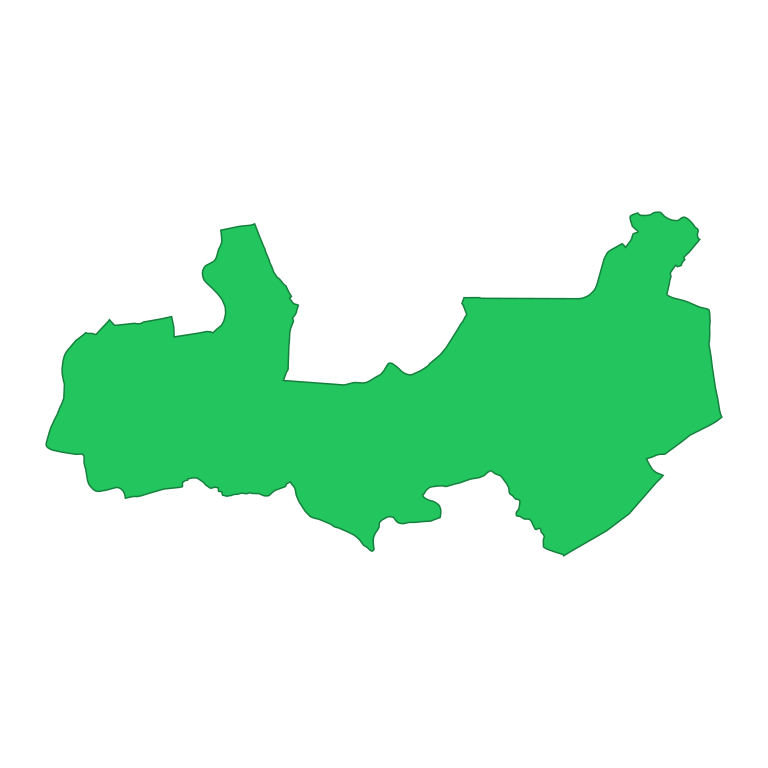 Khai Bang Rachan, Sing Buri, Thailand (Albers equal-area conic projection)
{"feature_id": "78962969B1658466470104", "entity_name": "Khai Bang Rachan", "entity_type": "district", "adm_level": 2, "iso_a3": "THA", "parent_name": "Thailand", "parent_adm1": "Sing Buri", "projection": "albers", "projection_center": [100.295, 14.826], "detail": "fine", "context": "isolated", "style": "filled", "palette": "green", "viewbox_px": 768, "rotation_deg": 0, "n_neighbors": 0, "source": "geoboundaries", "source_scale": "gbopen_adm2", "svg_char_len": 6083}
<svg xmlns="http://www.w3.org/2000/svg" viewBox="0 0 768 768"><path d="M86.0,332.3L83.6,334.7L75.9,340.5L67.9,349.9L66.3,352.0L64.4,355.7L63.1,360.6L62.1,368.3L62.1,370.2L62.2,373.9L62.6,376.0L63.5,380.8L64.2,383.2L64.4,384.9L63.8,398.1L62.2,402.7L59.5,408.4L57.4,414.0L54.3,420.0L50.7,428.0L49.2,432.6L46.4,442.6L46.1,444.3L46.2,445.3L46.8,446.5L47.9,447.8L50.9,449.5L53.4,450.3L62.3,452.2L75.8,454.3L81.8,454.0L83.2,454.9L83.8,455.7L84.1,456.8L84.0,461.5L84.2,463.7L85.7,469.3L87.6,480.7L88.4,483.1L89.8,485.7L93.3,489.5L95.5,490.9L97.3,491.3L99.1,491.4L106.8,490.0L115.7,487.6L117.3,487.5L119.0,487.8L121.1,489.0L122.8,490.7L123.6,491.9L124.8,494.6L125.4,498.2L132.6,496.6L134.3,496.4L137.1,496.6L141.1,495.8L147.8,493.7L163.9,489.0L179.4,487.4L180.3,487.1L182.1,486.9L182.5,486.5L182.5,482.6L185.1,480.6L187.6,480.2L187.9,479.1L188.1,478.7L189.6,478.6L191.2,478.2L191.7,477.9L195.8,477.9L197.2,478.1L201.6,481.0L203.8,482.7L205.5,484.8L210.3,488.2L212.0,488.0L214.6,487.2L218.2,487.7L218.6,491.3L221.8,491.8L222.4,495.0L222.7,495.2L227.3,496.3L228.3,495.8L230.8,495.6L233.9,494.5L238.3,494.1L241.1,493.2L244.1,493.4L246.4,493.8L249.6,492.8L252.9,493.5L258.9,493.6L263.3,495.5L265.1,495.9L266.7,495.9L268.2,495.8L269.4,495.2L273.2,491.7L275.3,490.3L285.3,486.6L285.9,485.6L286.4,483.9L290.2,481.9L291.4,483.7L293.9,486.7L295.0,488.6L296.4,495.6L298.6,500.7L299.5,502.4L305.1,511.2L309.9,516.2L311.9,517.3L314.4,518.2L318.8,519.2L329.9,523.8L331.5,524.7L333.9,526.6L339.3,528.2L349.2,532.6L353.5,534.8L356.0,536.5L359.6,539.8L363.5,545.2L366.8,547.1L370.2,550.3L371.7,551.1L372.3,551.1L373.1,550.6L374.0,549.4L373.2,542.1L373.3,539.1L373.7,537.0L375.2,533.3L377.9,529.5L379.1,527.1L379.2,523.8L379.4,522.9L380.1,521.8L382.0,520.0L386.8,517.3L388.0,516.9L389.8,516.7L391.0,516.7L392.8,517.2L393.8,517.8L396.4,521.3L398.1,522.7L400.5,523.4L403.0,523.7L409.1,522.4L414.7,522.4L422.4,521.6L430.5,521.1L440.1,517.5L440.7,514.5L440.8,510.0L440.1,507.5L439.3,505.7L438.2,504.5L435.8,502.7L432.6,501.1L431.1,500.9L428.5,500.0L425.1,498.3L423.6,496.9L422.6,494.8L424.1,493.8L425.9,490.6L427.6,489.0L429.1,487.8L430.3,487.2L431.6,486.8L438.0,486.0L442.5,485.8L445.6,486.5L447.7,486.1L454.1,484.2L460.0,482.8L470.4,479.1L479.2,477.6L483.8,475.8L487.9,472.2L490.3,470.8L490.7,470.8L491.5,471.0L495.3,473.8L500.1,475.6L501.7,477.0L506.4,483.4L508.4,486.9L508.8,488.3L509.3,492.6L509.8,493.7L510.8,494.5L512.5,495.6L515.3,498.9L518.8,499.7L519.7,500.6L519.9,501.5L519.8,503.0L519.2,507.6L518.6,509.3L516.9,511.5L516.2,513.0L516.3,515.1L516.6,515.8L520.3,516.6L524.3,519.0L528.6,519.1L529.7,519.5L531.1,520.9L534.7,528.4L535.3,529.2L536.1,529.5L539.3,528.2L540.4,528.6L541.2,532.1L543.5,534.7L544.3,536.6L544.2,537.4L543.6,538.6L543.3,540.4L543.4,546.5L543.7,547.1L546.4,548.8L548.3,549.6L553.5,551.5L563.0,554.5L563.8,555.8L570.2,551.8L606.6,530.8L629.2,513.7L656.3,482.6L660.9,478.1L663.2,475.4L656.3,472.6L653.0,470.1L652.0,468.8L649.8,465.3L647.7,461.3L646.6,458.7L651.5,457.3L657.1,454.9L659.9,454.3L664.8,454.2L680.6,442.6L690.1,435.1L710.4,424.9L716.5,421.3L721.9,417.1L720.8,414.8L719.7,410.9L717.8,399.1L715.5,388.3L712.2,366.5L711.1,357.1L709.0,344.3L709.0,343.2L709.4,341.2L709.8,333.9L709.6,327.6L710.1,321.0L709.7,313.8L709.3,310.7L708.9,309.8L707.5,309.0L700.0,307.2L697.8,306.4L688.3,302.2L683.0,300.4L674.8,298.4L671.8,297.4L667.8,295.5L667.1,294.9L666.9,294.3L669.3,283.6L669.9,279.9L671.0,276.7L670.8,275.5L670.3,274.0L670.6,272.4L675.5,265.3L675.8,265.3L677.0,266.3L677.7,266.7L681.3,265.4L682.1,262.6L684.8,259.6L683.8,258.0L683.9,257.4L684.3,256.8L689.4,251.9L699.8,239.4L698.3,238.5L697.5,236.0L697.3,234.1L698.1,231.7L698.1,230.0L697.2,228.6L695.3,227.4L693.8,225.2L691.4,222.2L688.6,219.5L685.9,217.7L684.3,217.2L683.0,217.3L681.2,218.1L679.1,219.9L677.3,220.6L675.9,220.6L672.0,220.1L669.8,219.4L665.8,217.3L663.8,215.7L661.1,212.8L659.9,212.2L656.7,212.2L654.9,212.4L653.0,213.1L650.5,214.9L648.7,215.0L646.2,215.5L640.7,215.3L639.4,214.8L638.1,213.3L637.5,213.0L632.6,214.7L630.3,216.2L630.0,217.3L630.6,220.8L632.4,226.3L635.6,229.3L637.6,230.8L637.8,231.4L637.6,232.3L634.4,233.3L633.0,234.1L631.4,239.2L630.6,240.6L626.0,246.8L625.4,247.4L624.3,245.7L622.1,243.7L611.0,249.9L608.5,251.6L607.1,253.1L604.1,258.9L597.0,284.4L595.7,287.7L594.2,290.3L590.6,294.0L588.8,295.4L585.7,297.0L582.3,298.2L578.5,298.7L481.5,298.3L480.8,298.2L479.8,297.7L477.7,297.6L464.0,297.7L461.9,303.5L462.8,304.7L463.5,306.0L466.8,314.6L465.2,316.8L463.0,321.2L460.5,324.4L457.6,329.5L446.0,347.9L440.0,355.1L430.1,363.3L428.0,365.8L422.7,369.5L419.8,371.1L411.6,374.8L409.9,374.9L408.1,374.6L406.7,374.2L403.9,373.0L401.0,370.8L399.2,368.9L395.8,366.0L392.7,363.8L392.0,363.4L389.8,363.0L388.3,363.6L386.5,366.2L384.0,370.6L380.7,374.5L376.4,376.8L369.8,380.8L367.3,382.1L365.4,382.7L362.6,383.0L355.0,382.5L352.8,382.8L344.3,385.0L283.4,380.5L286.5,372.0L287.7,370.3L288.1,369.1L288.7,351.1L288.9,345.5L289.4,340.5L289.7,333.7L290.2,330.1L290.8,327.9L291.7,325.9L292.0,324.8L293.5,321.4L293.2,319.9L292.6,318.6L292.6,317.9L294.9,315.1L296.3,312.6L297.0,309.2L298.4,305.3L297.9,304.9L294.2,303.9L292.7,302.6L289.5,298.1L289.6,297.7L291.3,296.8L291.5,296.4L289.4,293.2L285.9,286.0L282.6,283.2L281.8,281.6L281.1,281.1L279.8,279.3L277.6,277.6L276.8,276.8L273.9,272.5L271.9,267.1L269.9,262.8L269.3,260.5L265.6,251.7L264.9,249.0L263.3,245.7L261.9,241.9L260.4,238.6L254.7,223.9L250.9,225.2L239.5,226.3L220.8,230.2L221.7,237.8L221.7,242.5L220.3,246.1L218.6,249.4L216.6,256.6L215.7,258.9L214.5,260.5L212.8,261.9L206.2,265.4L205.4,266.0L204.5,267.0L203.5,268.7L202.7,270.9L202.4,273.8L203.1,277.6L203.9,279.8L206.4,282.7L212.8,288.8L217.5,293.6L220.2,297.0L222.3,300.0L224.8,305.9L225.3,307.6L225.6,313.5L224.8,317.4L223.7,321.4L221.3,325.5L216.3,329.6L212.8,332.9L210.8,331.8L206.9,331.5L196.8,333.4L174.1,336.9L173.9,329.1L173.7,326.7L171.6,316.6L162.2,318.7L143.7,322.0L140.6,323.6L137.1,323.8L134.6,323.3L116.2,325.3L114.9,325.3L114.1,324.9L109.4,319.7L108.3,321.4L101.1,328.9L95.9,334.6L92.0,333.4L87.6,333.4L85.7,332.7L86.0,332.3Z" fill="#22c55e" stroke="#15803d" stroke-width="1.5"/></svg>